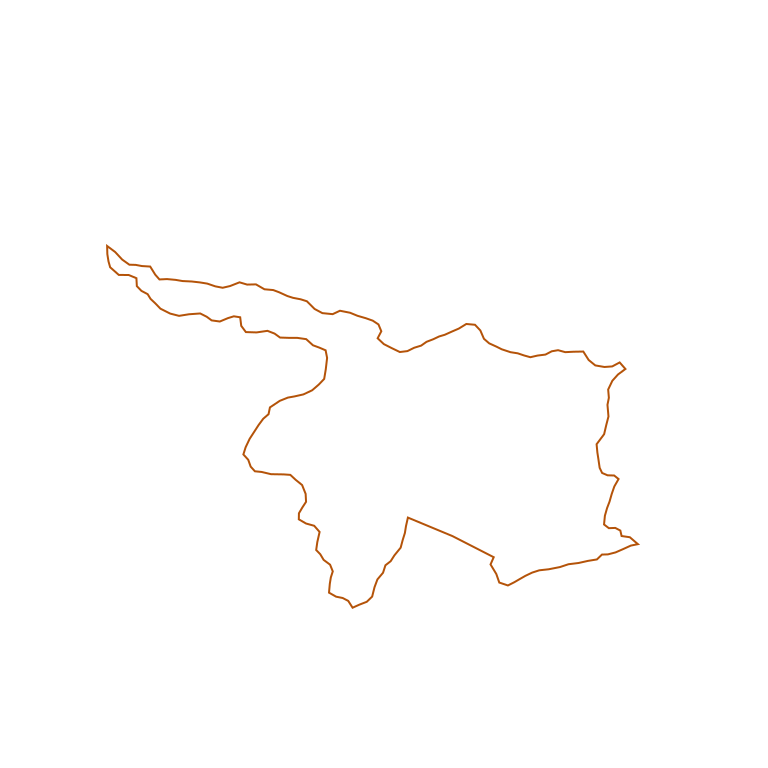 São José do Vale do Rio Preto, Rio de Janeiro, Brazil, rotated 226°
{"feature_id": "56859067B51855619198666", "entity_name": "São José do Vale do Rio Preto", "entity_type": "district", "adm_level": 2, "iso_a3": "BRA", "parent_name": "Brazil", "parent_adm1": "Rio de Janeiro", "projection": "orthographic", "projection_center": [-42.907, -22.174], "detail": "fine", "context": "isolated", "style": "outline", "palette": "amber", "viewbox_px": 768, "rotation_deg": 226, "n_neighbors": 0, "source": "geoboundaries", "source_scale": "gbopen_adm2", "svg_char_len": 2815}
<svg xmlns="http://www.w3.org/2000/svg" viewBox="0 0 768 768"><g transform="rotate(226 384 384)"><path d="M227.1,568.1L235.8,568.5L238.1,560.4L243.1,554.4L250.6,548.9L259.1,547.9L268.9,549.9L275.6,542.7L281.0,536.5L287.4,532.7L291.0,527.4L293.0,520.6L297.8,514.2L301.6,507.9L307.2,504.6L313.2,501.5L319.0,497.1L327.2,492.8L332.6,490.9L340.2,487.9L347.1,487.3L355.6,490.5L363.4,490.6L370.0,484.9L371.9,476.3L374.5,469.4L377.2,461.9L379.9,456.7L382.0,450.5L384.8,443.9L385.8,437.4L389.1,430.9L391.4,423.7L396.0,417.6L404.4,414.5L412.8,411.6L421.3,411.2L423.8,418.7L430.7,421.4L437.4,419.9L444.0,416.6L451.5,412.3L458.8,409.1L467.3,403.2L469.9,395.6L477.8,388.9L486.2,386.2L497.1,386.0L502.8,382.9L509.2,378.4L514.4,375.6L522.8,372.3L528.5,369.6L535.2,363.8L544.6,361.1L550.6,354.6L557.5,350.7L561.4,341.3L565.3,334.8L571.4,330.5L579.0,326.6L585.0,322.1L591.3,316.9L598.0,310.6L603.7,306.4L610.2,300.8L615.2,295.1L621.6,295.4L630.9,297.4L637.0,291.8L642.2,288.1L646.7,283.7L655.4,282.1L665.7,282.3L675.6,280.7L669.6,275.2L663.6,271.0L658.2,268.1L646.7,269.0L639.7,276.1L632.1,279.4L626.1,274.2L619.5,274.2L612.8,276.4L607.4,275.2L601.1,275.5L593.5,275.5L583.2,279.1L575.4,283.9L569.6,292.2L562.4,300.8L555.5,303.2L549.5,304.2L543.0,309.3L539.8,317.5L537.0,323.0L531.9,326.9L525.0,321.7L517.3,320.7L509.6,328.2L503.2,337.1L496.3,340.3L489.6,341.5L483.2,347.7L477.5,353.6L470.3,359.2L461.2,359.8L455.2,362.7L448.8,365.4L442.3,361.2L435.0,352.3L429.2,344.5L428.9,336.7L429.4,327.9L432.5,318.8L437.3,310.9L441.0,305.4L444.3,297.3L446.4,285.7L442.5,280.0L442.9,273.0L441.6,265.3L440.0,258.4L437.9,249.3L434.6,240.5L431.0,233.9L423.8,233.7L417.2,230.7L410.9,230.5L405.7,234.9L397.6,240.1L388.7,249.0L383.7,253.5L376.4,253.9L368.2,254.9L359.4,251.3L353.4,246.1L351.9,239.5L350.1,233.0L345.8,228.7L337.8,231.0L330.5,235.3L322.3,234.9L316.6,226.2L311.7,219.9L305.8,219.9L299.4,218.4L291.5,219.7L284.8,217.0L281.8,211.4L277.9,206.2L272.1,199.5L264.3,201.8L258.8,205.6L252.8,207.6L244.9,206.0L242.3,213.2L239.3,220.3L239.3,227.8L244.4,236.0L248.0,243.5L248.9,252.2L252.6,259.1L251.9,265.7L253.5,272.4L254.7,282.3L258.8,289.1L262.3,295.5L266.5,301.1L271.3,308.4L227.0,327.6L183.2,342.6L180.2,335.3L169.3,332.8L161.1,329.0L153.0,333.2L150.9,340.0L149.4,346.1L147.8,352.4L145.4,359.6L142.1,366.3L136.3,373.8L130.1,383.4L126.2,391.5L120.1,399.6L115.1,407.8L109.9,415.3L109.9,422.3L105.9,426.7L102.0,433.6L99.1,441.4L96.3,449.3L92.4,455.4L103.0,454.4L109.6,449.3L114.4,452.2L119.8,450.4L124.1,445.6L130.1,444.7L135.8,451.4L139.8,458.3L142.7,464.5L146.7,471.4L150.3,478.5L152.7,486.7L158.3,486.0L163.0,481.4L168.5,479.1L173.9,480.9L181.4,486.3L186.5,489.9L193.0,495.1L195.0,507.5L200.1,515.4L204.7,522.9L213.8,530.3L217.9,536.2L224.3,541.4L227.7,550.5L228.3,559.0L227.1,568.1Z" fill="none" stroke="#b45309" stroke-width="2"/></g></svg>